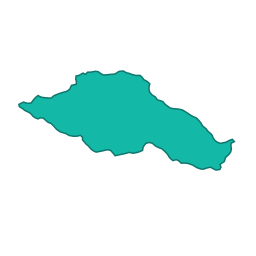 Jesuânia, Minas Gerais, Brazil, rotated 254°
{"feature_id": "56859067B57455178393428", "entity_name": "Jesuânia", "entity_type": "district", "adm_level": 2, "iso_a3": "BRA", "parent_name": "Brazil", "parent_adm1": "Minas Gerais", "projection": "equal_earth", "projection_center": [-45.279, -22.008], "detail": "fine", "context": "isolated", "style": "filled", "palette": "teal", "viewbox_px": 256, "rotation_deg": 254, "n_neighbors": 0, "source": "geoboundaries", "source_scale": "gbopen_adm2", "svg_char_len": 1961}
<svg xmlns="http://www.w3.org/2000/svg" viewBox="0 0 256 256"><g transform="rotate(254 128 128)"><path d="M143.2,61.5L141.5,64.0L139.9,66.6L137.0,69.4L135.0,73.5L134.1,77.3L134.1,80.2L131.6,81.7L129.0,81.0L126.1,82.4L123.8,83.4L121.9,84.8L118.6,86.3L115.8,88.2L113.6,90.7L113.1,96.2L112.8,102.1L111.3,105.1L108.4,106.5L104.9,108.0L104.6,112.9L104.2,118.5L104.2,122.5L102.3,126.0L101.9,130.8L102.4,135.8L105.7,137.4L108.3,140.9L108.3,144.2L106.7,147.1L103.1,149.5L100.6,152.2L98.7,154.8L96.5,156.3L94.3,157.5L92.0,158.7L89.0,159.5L86.5,160.6L84.3,162.2L84.3,165.6L82.7,167.6L79.6,169.4L78.6,173.1L77.1,176.5L74.4,180.1L70.8,183.4L68.5,186.7L67.6,189.3L67.8,192.8L67.6,196.4L65.4,198.6L63.3,201.0L62.8,204.8L64.7,206.5L67.7,206.5L69.2,211.3L72.9,213.8L74.7,217.6L76.7,220.1L79.3,221.6L81.8,221.9L84.9,222.8L85.6,226.5L88.4,225.1L88.1,221.7L87.3,218.0L87.8,212.6L89.7,209.9L92.5,207.9L95.5,207.0L97.8,206.9L100.1,205.8L102.6,204.0L105.8,202.8L109.5,200.2L112.4,199.6L114.8,198.6L117.1,197.5L119.1,196.2L121.3,193.4L123.4,191.4L125.6,189.6L128.4,187.1L130.4,185.2L132.4,181.5L133.7,177.9L135.3,174.4L138.0,172.1L140.6,170.2L143.8,168.8L145.4,166.5L146.9,164.0L150.2,162.9L153.1,160.3L156.2,158.8L159.3,158.8L161.4,159.4L164.4,161.1L167.6,159.2L170.0,156.6L172.8,155.6L175.2,154.1L176.4,149.9L178.5,146.4L180.2,144.2L181.5,141.7L184.1,139.2L184.9,135.1L183.5,130.3L184.4,125.7L184.9,122.8L185.7,119.0L188.1,116.6L190.3,114.9L191.5,112.3L192.0,107.3L192.8,104.6L191.3,101.9L193.2,99.8L192.1,95.4L192.3,92.4L189.3,91.2L186.8,91.2L184.3,90.3L184.6,85.5L181.3,82.6L180.1,79.2L180.2,73.7L179.9,69.5L179.5,65.9L177.9,62.3L179.5,57.7L181.4,53.3L184.0,50.4L182.7,47.4L181.0,44.8L178.7,41.6L179.5,38.0L181.7,34.6L180.8,29.6L178.4,29.5L175.8,31.9L173.3,33.7L171.5,35.7L169.8,37.6L167.9,38.9L165.7,39.8L163.6,41.4L161.6,43.9L161.9,46.7L160.8,49.3L158.1,51.0L155.4,52.8L153.6,55.3L150.2,57.2L146.4,59.0L143.2,61.5Z" fill="#14b8a6" stroke="#0f766e" stroke-width="1.5"/></g></svg>